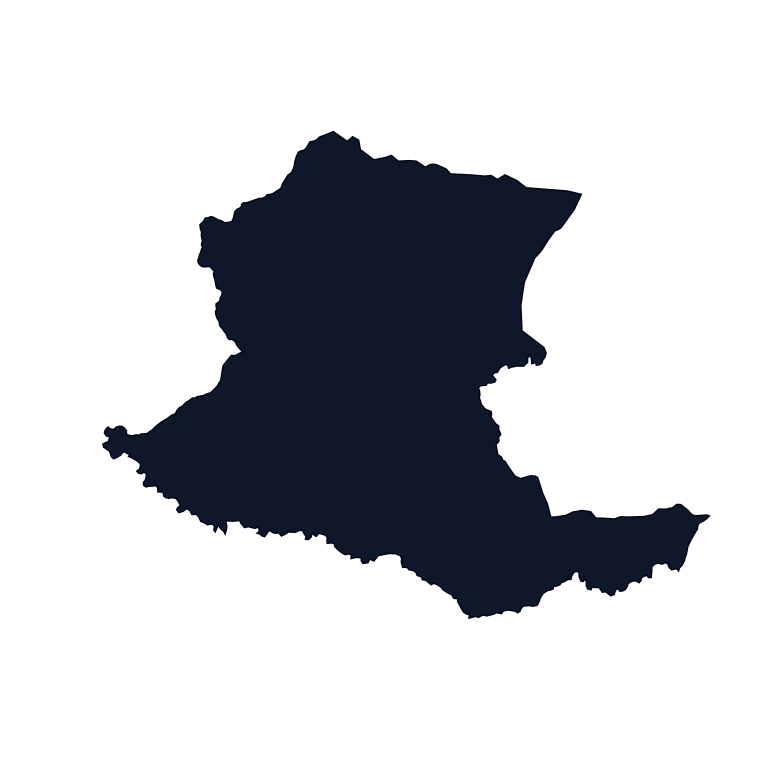 the district of Corguinho, Mato Grosso do Sul, Brazil, rotated 77°
{"feature_id": "56859067B58244822602525", "entity_name": "Corguinho", "entity_type": "district", "adm_level": 2, "iso_a3": "BRA", "parent_name": "Brazil", "parent_adm1": "Mato Grosso do Sul", "projection": "orthographic", "projection_center": [-55.002, -19.811], "detail": "fine", "context": "isolated", "style": "filled", "palette": "ink", "viewbox_px": 768, "rotation_deg": 77, "n_neighbors": 0, "source": "geoboundaries", "source_scale": "gbopen_adm2", "svg_char_len": 6168}
<svg xmlns="http://www.w3.org/2000/svg" viewBox="0 0 768 768"><g transform="rotate(77 384 384)"><path d="M363.9,662.6L366.0,665.8L368.7,667.4L371.9,666.4L374.2,662.8L376.1,664.4L378.2,665.6L378.6,668.7L379.3,671.4L382.4,671.4L387.9,666.5L393.5,665.9L395.9,664.5L395.5,661.3L394.2,656.9L392.0,654.2L391.6,651.6L393.7,650.3L395.3,647.4L397.1,649.2L399.0,646.4L403.0,642.2L406.9,639.3L409.5,640.0L412.1,641.5L413.3,644.5L415.4,643.4L416.8,640.9L416.0,638.2L417.4,635.7L421.3,636.7L424.1,638.3L425.9,640.6L428.7,641.0L430.8,639.0L430.6,636.2L431.4,632.8L431.3,629.8L433.9,627.7L438.3,628.5L439.1,625.2L441.0,623.3L443.6,623.9L445.7,622.0L446.9,619.5L447.1,616.1L448.5,612.5L450.9,611.3L456.6,609.6L457.9,612.6L459.9,614.3L463.2,612.7L462.8,608.2L460.9,604.2L463.6,601.6L468.0,600.5L468.8,596.2L471.7,594.4L476.6,593.4L478.7,590.4L481.5,587.7L481.5,584.1L482.6,582.1L484.6,581.1L487.9,582.7L490.1,581.6L484.1,577.4L488.3,575.7L491.5,573.2L494.4,572.6L491.0,570.6L487.1,569.1L481.9,569.1L482.3,566.4L483.5,562.9L484.6,555.3L487.9,554.6L492.5,552.2L492.5,548.2L495.6,542.3L495.1,539.1L497.3,538.3L499.6,538.7L501.0,541.2L502.0,538.7L504.2,537.5L505.9,534.7L500.6,528.7L504.0,525.5L505.2,522.5L505.3,520.2L509.0,518.1L507.9,513.4L506.7,510.3L508.5,503.9L507.6,498.4L508.7,496.1L512.2,495.5L514.6,494.2L517.6,495.4L518.5,492.5L516.7,489.4L513.3,487.8L517.2,484.5L514.7,480.9L518.2,475.0L521.0,473.7L523.7,474.8L526.5,475.1L527.1,470.3L528.5,468.4L531.2,468.5L535.3,466.0L538.9,463.1L541.4,460.4L541.8,456.3L543.1,454.2L546.7,455.4L546.6,450.8L547.2,447.9L548.6,445.1L551.1,446.0L554.0,444.9L554.5,439.9L551.4,437.2L554.2,433.7L549.9,428.2L550.3,416.5L551.3,413.9L551.8,411.1L554.9,406.7L558.1,406.0L561.3,407.2L566.9,407.0L567.2,404.5L568.4,402.4L570.7,401.3L572.3,397.6L574.4,395.4L578.0,394.7L580.3,391.0L583.4,390.5L584.6,387.4L590.2,383.2L589.3,380.3L591.5,377.3L594.5,374.3L597.9,372.6L602.8,367.9L604.4,365.5L608.5,364.2L609.9,360.2L612.3,361.2L623.9,358.0L626.5,355.6L627.8,352.8L631.3,353.8L631.0,346.6L632.7,344.5L631.6,340.8L631.7,338.3L633.0,336.3L632.9,328.9L632.1,325.9L634.1,321.3L632.0,318.7L632.1,313.9L634.8,307.3L637.0,305.2L635.9,302.6L633.4,300.8L631.7,298.3L632.5,292.6L634.0,288.7L634.1,284.7L631.5,282.2L627.2,279.6L623.8,276.0L622.0,270.9L622.1,268.5L621.8,265.5L619.5,264.4L619.6,261.4L619.2,257.9L617.3,255.8L617.1,252.7L615.8,248.9L616.4,245.9L613.2,244.2L610.3,241.5L609.7,239.0L611.4,236.3L615.2,237.1L620.3,236.5L621.2,234.2L619.1,232.1L621.7,231.2L626.6,232.3L629.7,231.4L631.0,228.6L628.9,227.5L630.6,220.2L636.0,218.1L636.2,214.8L641.3,210.8L640.8,207.0L637.0,205.0L635.9,202.2L639.1,200.6L639.2,197.4L638.4,194.9L636.3,192.9L633.4,191.1L632.2,188.1L632.0,185.6L632.6,182.7L635.0,180.1L633.3,177.8L631.1,177.1L629.8,174.2L629.6,171.1L632.1,169.7L632.7,167.3L627.8,165.6L622.3,164.1L620.4,160.7L620.2,157.1L622.1,153.6L621.3,150.0L623.2,147.9L626.9,147.4L629.8,145.5L629.7,140.4L632.3,139.0L629.7,137.5L627.6,134.4L623.7,131.0L620.7,129.6L618.1,127.8L610.7,124.5L605.8,120.7L598.1,113.7L596.1,111.4L593.6,110.6L591.2,109.2L590.0,106.7L589.5,104.0L588.1,100.6L585.7,96.6L584.2,99.2L582.7,109.2L581.9,111.6L579.5,114.2L575.3,116.3L568.3,122.0L567.2,125.7L569.6,130.9L569.3,134.2L569.6,136.5L567.7,144.4L571.8,151.8L571.6,160.8L568.8,175.1L566.6,183.7L567.4,189.8L563.7,202.0L562.4,207.7L555.0,211.4L551.8,219.4L551.3,229.0L552.9,236.1L552.3,245.9L551.3,251.4L537.7,251.8L526.1,254.0L509.9,255.3L507.9,257.2L506.4,261.8L506.9,272.2L503.2,277.2L491.0,282.1L486.8,283.4L485.0,285.4L481.5,286.1L478.6,289.0L468.2,288.5L465.6,284.8L461.8,284.5L459.3,281.6L454.2,282.5L450.8,281.7L447.8,284.2L440.5,287.2L438.1,286.1L434.9,285.8L431.7,290.5L429.5,292.1L425.6,293.8L421.7,293.9L419.1,294.4L416.1,293.0L412.2,292.5L409.4,293.0L407.3,290.7L408.2,284.8L406.3,283.0L407.1,279.4L406.9,275.6L405.0,274.0L399.9,276.6L398.0,274.2L398.1,270.8L394.5,267.5L393.2,264.3L392.2,260.4L394.1,259.2L396.7,258.9L396.2,256.3L396.4,250.4L398.0,244.0L395.3,239.3L392.2,238.5L389.2,237.2L390.7,234.7L393.9,234.8L397.4,235.5L397.3,231.4L400.0,231.3L400.2,228.7L399.3,225.6L396.4,223.9L394.1,221.2L390.2,219.1L384.4,220.0L363.2,237.6L338.1,233.0L316.3,224.4L295.0,208.7L290.5,202.1L288.4,199.5L281.0,192.2L273.2,183.2L272.7,179.7L271.8,176.8L269.3,173.8L256.5,159.2L243.6,149.1L237.4,161.5L224.8,201.3L215.8,208.7L207.5,219.0L210.2,227.5L205.0,232.7L204.1,239.2L199.6,253.2L194.3,271.9L188.5,275.1L182.2,283.5L181.0,286.3L180.6,289.5L182.0,294.9L174.1,302.6L172.1,309.0L170.1,320.0L163.0,325.4L163.7,331.8L163.3,343.4L150.3,354.3L140.7,353.9L136.0,359.0L139.4,365.2L126.7,376.6L129.0,391.6L130.5,393.6L131.6,397.6L131.4,401.7L137.0,407.0L138.3,409.9L138.2,412.3L138.8,415.1L143.0,418.4L147.7,421.1L150.0,421.7L153.6,423.7L156.3,425.8L157.8,427.6L158.8,430.4L160.7,432.5L166.0,437.7L170.2,440.5L173.4,449.2L173.7,452.5L173.4,455.2L175.1,457.7L175.7,460.9L175.1,463.6L176.5,476.8L175.9,480.0L176.8,482.2L179.0,483.0L180.2,485.2L180.8,488.0L182.6,490.6L188.9,493.6L191.7,496.0L191.5,499.9L191.0,503.1L188.4,505.8L186.7,508.8L182.9,513.0L182.0,515.2L182.5,517.7L182.1,521.0L184.9,523.1L187.3,527.4L190.9,528.0L195.0,527.5L198.3,528.6L203.9,528.7L207.2,530.6L210.0,530.0L212.0,531.7L214.5,532.9L216.7,534.9L219.2,535.8L221.2,537.4L224.0,537.8L226.8,536.5L228.6,534.9L229.5,532.5L229.9,529.1L230.8,526.8L233.6,525.5L236.1,523.8L237.9,525.3L240.5,525.6L243.5,525.2L250.7,525.6L253.0,525.4L255.1,522.2L258.1,520.8L260.8,522.0L263.6,524.3L266.2,525.2L268.3,529.7L270.8,530.1L273.5,530.2L275.8,532.1L279.7,532.2L282.9,531.7L286.4,530.6L290.5,530.9L294.2,528.8L297.2,527.8L299.6,526.5L303.7,526.1L305.8,524.6L306.4,521.9L308.9,519.7L314.4,518.2L320.7,514.6L322.9,522.6L321.8,526.3L329.9,536.6L344.1,542.4L345.9,544.6L348.5,546.7L353.5,554.8L353.9,559.2L354.6,562.4L354.3,569.0L355.3,571.2L354.6,573.8L356.6,578.3L357.3,580.9L360.4,585.6L361.1,588.7L363.1,591.4L366.2,594.2L366.6,597.8L368.7,602.3L371.3,610.3L374.2,616.4L376.8,620.2L377.6,623.1L379.1,625.8L378.1,631.9L378.8,634.3L377.8,636.9L378.0,640.6L376.7,644.1L374.8,646.3L371.7,645.5L368.6,646.9L366.6,648.5L365.7,651.0L365.7,654.4L367.5,657.5L366.2,660.8L363.9,662.6Z" fill="#0f172a" stroke="#020617" stroke-width="1.5"/></g></svg>